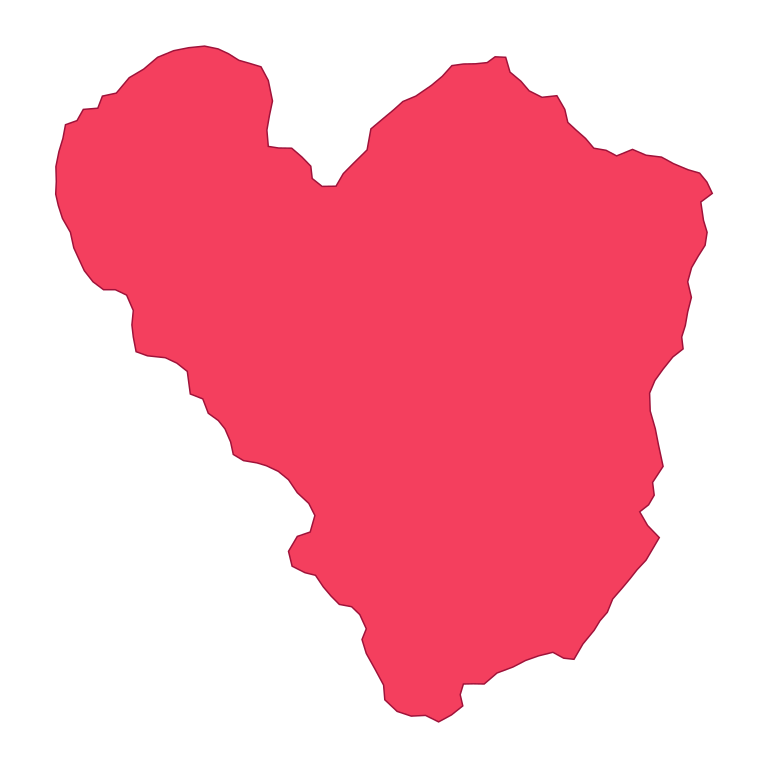 Visconde do Rio Branco, Minas Gerais, Brazil
{"feature_id": "56859067B8561147773652", "entity_name": "Visconde do Rio Branco", "entity_type": "district", "adm_level": 2, "iso_a3": "BRA", "parent_name": "Brazil", "parent_adm1": "Minas Gerais", "projection": "robinson", "projection_center": [-42.844, -21.023], "detail": "fine", "context": "isolated", "style": "filled", "palette": "rose", "viewbox_px": 768, "rotation_deg": 0, "n_neighbors": 0, "source": "geoboundaries", "source_scale": "gbopen_adm2", "svg_char_len": 2176}
<svg xmlns="http://www.w3.org/2000/svg" viewBox="0 0 768 768"><path d="M136.1,351.7L147.4,355.8L165.3,357.7L176.8,363.1L187.3,371.4L190.3,394.0L202.8,398.9L208.3,413.3L218.3,420.5L225.0,428.9L230.6,441.9L233.3,454.5L243.5,460.6L257.0,462.9L266.3,465.7L278.2,471.3L288.5,479.7L297.3,492.7L308.8,503.4L314.9,515.5L310.2,532.0L297.3,536.4L288.5,551.3L292.1,566.2L305.0,572.7L315.5,575.3L323.3,586.9L331.0,596.0L339.3,604.4L351.6,606.7L359.8,614.6L366.3,628.8L362.0,639.5L366.3,653.5L374.9,668.9L383.6,685.1L384.8,699.8L397.1,711.4L411.2,716.1L425.5,715.4L438.6,721.9L451.5,714.9L462.8,705.9L460.2,694.7L463.4,684.0L473.3,683.8L484.2,684.0L497.0,673.0L513.0,667.0L525.5,660.5L538.8,655.8L552.9,652.3L563.7,658.2L574.0,659.3L582.9,644.0L594.2,630.2L600.0,620.7L607.3,612.3L612.7,599.0L622.6,587.6L630.5,578.1L637.1,569.7L646.0,560.2L652.6,549.0L659.3,537.6L647.6,525.5L639.7,511.8L648.6,504.8L654.2,495.2L652.6,482.4L663.1,466.4L658.5,445.0L655.3,428.7L650.2,411.0L649.6,393.1L654.9,380.5L663.1,369.1L672.8,357.0L683.1,348.9L681.7,337.0L685.3,325.6L687.7,311.9L691.4,297.4L687.7,281.8L691.6,267.6L698.2,256.2L705.1,245.3L707.1,232.3L703.5,220.4L700.8,202.0L712.3,193.4L706.9,182.0L699.6,173.1L687.9,169.7L673.4,163.6L661.5,157.1L646.0,155.2L632.5,149.4L616.6,155.9L606.1,150.3L593.8,148.2L585.6,138.5L576.1,130.1L567.8,122.4L564.8,109.4L556.9,95.7L542.0,97.3L529.1,90.8L520.9,81.2L510.0,72.1L505.7,57.3L495.1,56.8L487.2,62.6L475.3,63.8L463.4,64.0L451.9,65.6L442.3,76.3L431.4,85.4L415.8,96.1L402.9,101.5L393.7,109.8L383.6,118.2L370.9,128.9L367.1,149.9L353.2,163.6L343.3,173.6L336.0,186.2L322.1,186.4L312.2,178.5L310.8,166.2L302.0,157.1L291.7,148.2L278.6,148.0L268.3,146.4L266.9,130.1L269.5,115.2L272.5,101.0L268.3,80.5L261.0,66.8L249.4,63.3L238.9,60.3L228.6,53.8L218.1,48.9L204.6,46.1L188.7,47.7L173.6,50.7L157.6,57.3L143.7,69.1L129.2,77.7L116.3,93.1L102.4,96.1L97.8,108.2L83.3,109.4L77.0,120.6L65.5,124.7L62.9,138.5L58.9,151.7L55.9,166.6L56.3,181.5L55.7,194.1L58.3,205.5L62.5,218.5L70.4,232.3L73.8,247.9L78.7,258.6L84.3,270.7L93.0,281.8L103.5,289.7L115.3,289.7L126.6,295.1L133.3,310.5L131.9,324.9L133.3,337.0L136.1,351.7Z" fill="#f43f5e" stroke="#9f1239" stroke-width="1.5"/></svg>